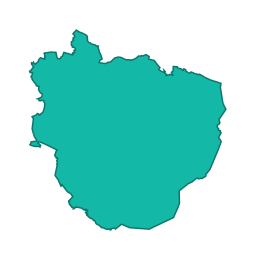 Vinje nor, Telemark, Norway, rotated 174°
{"feature_id": "86288312B99450308134053", "entity_name": "Vinje nor", "entity_type": "district", "adm_level": 2, "iso_a3": "NOR", "parent_name": "Norway", "parent_adm1": "Telemark", "projection": "mercator", "projection_center": [7.901, 59.807], "detail": "fine", "context": "isolated", "style": "filled", "palette": "teal", "viewbox_px": 256, "rotation_deg": 174, "n_neighbors": 0, "source": "geoboundaries", "source_scale": "gbopen_adm2", "svg_char_len": 5853}
<svg xmlns="http://www.w3.org/2000/svg" viewBox="0 0 256 256"><g transform="rotate(174 128 128)"><path d="M92.1,34.2L86.3,44.4L84.7,47.7L83.7,60.1L74.0,66.3L70.1,67.6L65.1,70.8L64.2,70.7L62.8,70.0L60.7,70.4L59.7,70.0L57.8,71.0L56.0,71.7L55.7,72.1L55.4,73.3L55.0,74.1L50.8,78.3L40.3,97.5L36.9,104.4L36.8,104.9L37.2,106.1L37.5,106.7L38.7,108.4L38.7,109.1L38.0,110.6L37.4,111.6L37.0,111.7L36.0,113.5L36.3,114.0L36.4,114.5L36.7,114.6L36.7,115.0L36.4,115.3L36.4,115.6L38.3,116.3L38.4,116.6L37.9,117.6L39.0,119.1L39.1,120.3L38.7,121.6L37.3,122.1L36.1,123.5L36.6,127.0L28.7,136.3L31.0,142.5L31.9,158.4L30.9,162.7L41.3,167.3L47.5,171.1L47.8,171.6L51.3,174.0L52.6,173.5L52.7,173.8L53.6,174.4L55.3,174.8L59.3,177.1L59.9,176.9L60.1,176.3L60.5,176.2L61.7,176.3L64.6,178.6L64.4,179.6L64.9,180.2L66.2,181.0L66.7,180.4L66.8,179.8L67.6,179.5L67.8,179.6L67.7,180.3L68.1,180.6L69.6,181.5L71.5,182.1L72.8,183.0L72.5,183.7L72.7,183.8L76.6,184.4L77.2,179.8L79.0,178.9L78.0,175.8L79.6,176.3L79.9,176.7L80.8,177.0L81.9,176.5L84.6,176.1L84.5,176.5L83.9,177.2L85.1,178.2L85.4,178.8L85.9,179.1L85.2,179.7L85.3,179.8L85.2,180.1L85.3,180.6L85.6,181.0L86.1,181.6L85.9,180.5L86.4,179.7L86.6,179.7L86.8,180.0L88.2,180.4L89.1,180.9L91.3,183.1L89.9,184.7L91.1,186.3L94.9,192.4L100.1,194.3L99.9,194.8L100.0,195.2L100.0,195.8L99.4,196.7L100.6,197.8L101.6,198.3L102.3,199.1L106.4,198.0L106.8,198.6L108.1,198.2L110.0,198.5L113.0,196.4L114.1,196.1L114.8,195.7L116.9,195.4L117.4,195.0L118.0,194.9L118.4,195.5L119.4,195.5L120.7,196.0L121.9,195.8L124.7,197.0L125.6,197.8L128.1,199.1L130.6,199.6L133.9,199.0L138.5,195.5L139.6,195.5L140.6,195.1L140.8,195.3L141.4,195.4L141.5,195.2L142.9,194.7L144.0,194.5L148.0,195.4L149.3,195.9L149.9,196.3L148.6,198.6L147.1,198.9L146.5,199.4L147.3,203.1L147.9,205.1L148.6,206.6L148.6,208.0L149.3,210.6L148.9,212.6L149.9,212.8L150.7,212.5L151.4,213.7L152.3,214.2L156.0,215.5L156.2,216.0L156.6,216.5L158.4,217.4L159.2,219.3L158.9,220.6L159.2,221.2L158.8,223.2L159.3,223.9L159.5,224.5L163.4,227.1L166.7,228.7L167.4,229.5L169.3,230.8L170.2,229.5L171.2,229.1L172.1,228.3L172.3,227.9L172.9,227.4L172.8,227.2L172.3,226.8L172.3,226.5L171.8,226.1L171.6,225.4L171.3,225.1L171.5,224.1L172.1,223.7L173.0,223.5L173.2,223.0L173.1,222.5L173.5,221.9L173.1,221.3L173.2,220.6L173.9,220.4L175.3,219.5L175.4,219.1L175.5,217.9L175.4,217.6L175.6,217.1L175.3,216.3L175.5,215.9L174.8,215.4L174.8,214.2L173.9,214.2L173.2,213.6L172.8,213.6L172.1,212.6L172.0,212.1L172.2,211.0L173.2,211.0L173.8,210.4L173.4,209.8L173.3,208.7L173.7,208.7L173.9,208.4L174.8,208.6L175.2,208.4L175.3,208.0L175.0,207.0L174.9,206.7L175.0,206.6L176.1,207.0L176.1,206.7L177.5,207.0L179.2,208.1L181.5,208.8L182.7,209.6L183.1,209.7L183.4,209.5L183.9,209.8L185.8,206.2L187.0,205.8L187.4,205.3L187.8,204.1L189.5,204.2L190.1,204.1L190.9,204.7L191.3,205.9L191.6,209.1L191.8,209.5L191.7,209.9L191.8,210.8L194.9,211.2L196.2,211.6L201.9,211.3L202.9,211.4L203.7,210.7L203.4,210.2L203.1,209.0L203.2,208.3L202.9,207.9L203.3,207.6L203.4,207.2L203.3,206.9L203.8,206.4L203.8,205.8L203.6,205.3L206.4,206.3L207.5,207.0L208.3,206.6L209.5,205.3L210.2,204.3L210.3,203.3L212.8,201.9L213.7,201.0L215.1,202.7L215.1,203.3L215.9,202.6L216.6,202.5L217.3,203.5L217.2,203.2L217.2,202.0L217.0,201.2L215.8,199.0L215.4,198.5L216.6,197.6L218.3,195.6L219.9,194.8L219.7,194.5L219.6,193.4L218.4,193.4L218.4,193.2L217.6,193.1L217.5,192.9L217.3,192.8L217.5,192.6L217.4,191.9L218.0,190.6L218.0,190.4L218.1,190.0L219.0,189.5L219.0,188.7L218.3,187.7L218.2,186.9L218.2,186.2L216.0,182.5L214.8,181.2L215.0,180.2L214.8,179.7L213.3,178.9L212.7,178.9L212.1,178.6L213.0,175.8L212.5,174.7L212.4,173.8L211.2,171.9L209.7,170.7L210.2,168.1L212.7,167.0L212.9,166.6L213.7,166.8L214.7,166.5L214.4,166.4L214.0,166.0L213.4,164.4L212.0,164.2L210.9,164.5L210.5,164.3L209.2,164.2L208.2,160.8L209.0,156.9L210.9,152.6L213.4,151.1L214.3,150.1L215.0,150.2L215.1,151.0L216.7,151.9L218.0,150.5L222.2,149.3L221.1,146.9L221.4,145.8L222.3,142.0L223.4,137.4L222.9,133.7L221.9,128.9L220.2,125.8L220.2,124.5L225.7,124.4L225.9,124.1L226.2,122.9L227.3,121.6L225.8,120.7L223.9,119.9L221.5,119.3L218.5,119.0L217.5,118.2L217.3,119.2L217.0,119.2L216.7,119.7L217.6,121.1L219.3,122.6L218.0,123.8L212.2,120.7L200.8,113.5L202.3,111.8L203.0,109.7L203.7,108.9L203.7,108.3L203.2,107.1L202.6,106.6L202.7,106.4L202.5,106.0L202.2,105.7L201.9,105.8L202.1,105.6L201.8,105.5L201.9,105.3L201.1,105.1L201.6,104.1L201.7,103.4L202.2,103.0L202.1,102.6L202.2,102.3L201.9,101.8L202.0,101.6L201.9,101.4L201.9,101.0L201.8,100.5L202.5,99.9L202.5,99.0L202.3,98.7L202.4,98.2L205.3,89.2L205.4,88.3L202.7,83.5L201.6,79.5L201.0,78.8L201.0,77.9L201.1,77.6L200.7,77.1L199.5,78.5L194.9,70.9L191.6,68.5L190.1,65.4L194.7,61.5L194.7,61.0L194.1,60.3L194.4,60.2L194.2,59.9L194.2,59.2L194.3,59.0L194.3,58.4L193.3,57.7L193.4,57.1L193.1,56.9L192.9,56.2L192.1,55.7L192.2,55.2L191.0,54.6L190.6,53.9L190.9,53.4L190.7,53.4L189.6,53.5L189.1,54.1L188.9,54.4L189.0,54.5L188.7,54.8L188.0,55.0L187.3,54.5L186.1,54.4L181.9,52.9L181.5,52.5L181.3,51.9L180.2,51.0L179.0,51.0L178.8,51.3L179.1,51.4L179.0,51.6L178.6,51.5L178.7,51.2L177.8,51.4L177.6,51.2L177.8,50.8L178.2,50.5L178.6,50.9L178.7,50.5L177.6,50.0L177.1,50.2L176.8,50.1L176.7,49.8L177.0,49.0L177.3,48.7L178.5,48.5L178.9,48.7L179.2,48.4L179.1,48.1L178.5,47.8L177.9,47.4L177.7,47.0L177.1,46.9L177.0,46.6L178.2,46.4L178.2,46.0L178.1,45.5L177.2,44.8L176.7,44.0L176.4,43.9L175.7,42.8L174.1,41.7L173.5,41.8L172.9,41.5L172.4,40.7L172.0,39.7L170.8,39.3L170.8,39.0L170.3,38.3L169.8,36.4L169.2,35.7L168.5,35.4L167.6,34.7L167.4,34.4L166.2,33.7L166.0,33.3L165.5,33.0L165.5,32.6L165.4,32.4L164.8,32.0L164.8,31.8L164.3,31.5L163.9,31.6L162.7,31.3L161.9,30.5L160.4,30.0L159.8,29.5L158.2,29.3L155.9,29.5L155.5,29.4L155.4,29.1L155.6,28.7L155.2,28.9L155.0,29.6L152.5,30.1L151.6,29.7L151.1,28.8L144.5,33.0L136.8,28.7L117.6,25.2L92.1,34.2Z" fill="#14b8a6" stroke="#0f766e" stroke-width="1.5"/></g></svg>